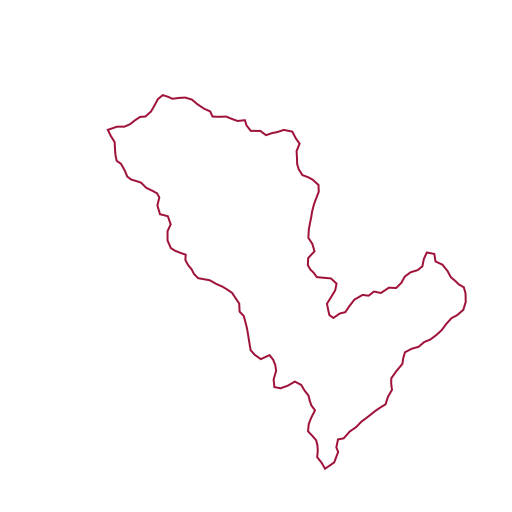 Faria Lemos, Minas Gerais, Brazil, rotated 40°
{"feature_id": "56859067B53292511208538", "entity_name": "Faria Lemos", "entity_type": "district", "adm_level": 2, "iso_a3": "BRA", "parent_name": "Brazil", "parent_adm1": "Minas Gerais", "projection": "equal_earth", "projection_center": [-42.029, -20.786], "detail": "fine", "context": "isolated", "style": "outline", "palette": "rose", "viewbox_px": 512, "rotation_deg": 40, "n_neighbors": 0, "source": "geoboundaries", "source_scale": "gbopen_adm2", "svg_char_len": 2509}
<svg xmlns="http://www.w3.org/2000/svg" viewBox="0 0 512 512"><g transform="rotate(40 256 256)"><path d="M384.6,143.5L386.5,150.4L390.1,157.0L388.9,162.9L384.9,169.1L383.2,176.1L384.6,183.1L383.9,190.5L378.2,194.8L375.4,204.1L369.2,207.4L367.8,214.0L362.6,217.4L359.4,226.3L359.8,234.7L360.5,241.6L357.1,246.3L355.1,253.7L350.2,254.1L346.1,251.0L341.0,246.9L339.8,238.1L338.7,231.4L335.5,225.4L327.8,225.0L321.1,229.7L316.2,233.1L311.2,231.8L306.2,231.4L301.6,229.7L297.3,224.1L297.8,214.8L291.3,210.5L284.4,208.4L279.6,202.0L276.2,196.1L273.5,191.0L270.5,186.1L267.0,178.7L264.7,172.1L262.8,166.5L258.2,161.4L250.4,161.1L245.5,162.1L239.5,164.2L233.0,162.1L228.4,159.1L224.6,154.8L219.6,149.5L217.2,141.9L211.2,140.4L203.8,137.4L196.3,141.5L192.6,147.4L188.9,152.1L186.0,157.0L178.9,157.4L171.6,163.5L164.9,162.1L160.2,159.1L155.1,164.4L149.7,166.4L143.5,168.4L137.8,173.5L133.1,177.1L127.9,174.7L121.7,176.5L113.8,177.4L106.3,177.4L100.0,180.1L95.7,184.1L90.9,189.3L86.4,190.5L81.2,192.7L80.0,198.8L81.3,205.0L82.7,212.7L81.7,220.1L77.8,224.0L76.0,230.1L74.8,236.0L72.0,241.6L66.4,246.3L61.4,254.6L67.4,257.3L74.5,259.6L79.5,265.0L83.9,269.4L88.0,272.6L93.4,272.2L100.6,274.9L106.3,277.9L111.1,277.7L116.0,275.6L120.7,273.7L128.2,274.3L134.9,272.6L140.0,271.6L144.3,273.3L148.0,280.7L155.6,285.7L162.9,282.2L170.3,286.6L172.3,293.9L178.3,301.0L185.7,304.7L190.6,304.0L195.8,302.3L201.3,300.2L204.5,304.5L209.8,306.6L215.3,307.6L219.9,309.6L225.9,310.2L231.5,307.0L236.2,304.3L243.3,303.0L250.2,301.0L255.6,300.2L261.3,299.6L267.6,301.5L273.7,303.2L279.2,309.2L285.1,309.8L290.6,313.6L295.6,317.2L301.6,322.3L307.7,327.6L312.4,331.6L318.6,332.5L326.0,331.9L330.1,323.2L336.0,324.5L340.9,327.2L345.2,331.0L348.9,339.3L354.3,344.6L359.8,341.6L363.7,334.9L366.5,327.2L373.5,325.7L379.7,327.9L386.0,329.2L390.1,332.3L394.5,334.9L400.4,336.3L402.3,344.6L404.4,350.8L408.6,356.9L415.1,357.6L420.6,358.5L424.8,361.6L428.5,365.5L432.2,370.8L439.2,372.2L445.6,374.6L448.6,363.9L444.9,353.3L440.6,351.0L436.7,343.8L440.4,339.3L440.6,330.2L442.7,322.6L443.2,315.3L445.1,307.2L446.9,298.3L448.6,292.2L450.6,286.4L447.6,279.0L446.2,271.1L441.7,267.0L438.2,262.6L437.5,253.4L437.5,244.6L434.5,239.7L432.0,234.0L434.8,227.1L438.9,221.1L440.2,213.7L443.2,208.0L444.9,200.8L445.9,193.5L445.4,185.8L445.7,178.0L448.1,172.1L449.4,164.0L446.2,156.4L440.4,149.8L435.3,146.4L429.6,147.4L424.5,147.0L418.9,147.0L412.4,144.4L404.4,142.8L397.0,144.8L391.3,139.8L384.6,143.5Z" fill="none" stroke="#9f1239" stroke-width="2"/></g></svg>